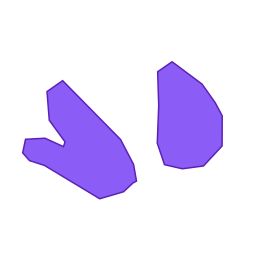 Kökar, Albers equal-area conic projection, rotated 196°
{"feature_id": "ALD-4824", "entity_name": "Kökar", "entity_type": "state/province", "adm_level": 1, "iso_a3": "ALA", "parent_name": "Aland", "parent_adm1": "", "projection": "albers", "projection_center": [20.932, 59.931], "detail": "fine", "context": "isolated", "style": "filled", "palette": "violet", "viewbox_px": 256, "rotation_deg": 196, "n_neighbors": 0, "source": "natural_earth", "source_scale": "10m", "svg_char_len": 498}
<svg xmlns="http://www.w3.org/2000/svg" viewBox="0 0 256 256"><g transform="rotate(196 128 128)"><path d="M205.0,95.3L184.9,92.3L184.7,97.3L205.8,113.7L215.9,140.7L203.9,155.5L132.0,114.9L112.6,94.5L105.2,79.3L108.0,76.6L114.7,65.5L135.7,52.2L198.0,69.0L213.7,69.5L222.4,75.1L223.4,88.9L205.0,95.3ZM51.2,176.4L40.8,165.7L32.6,136.7L45.0,112.3L64.5,103.8L82.8,102.8L95.7,121.5L104.6,157.8L115.0,190.3L103.9,203.8L68.9,190.6L51.2,176.4Z" fill="#8b5cf6" stroke="#5b21b6" stroke-width="1.5"/></g></svg>